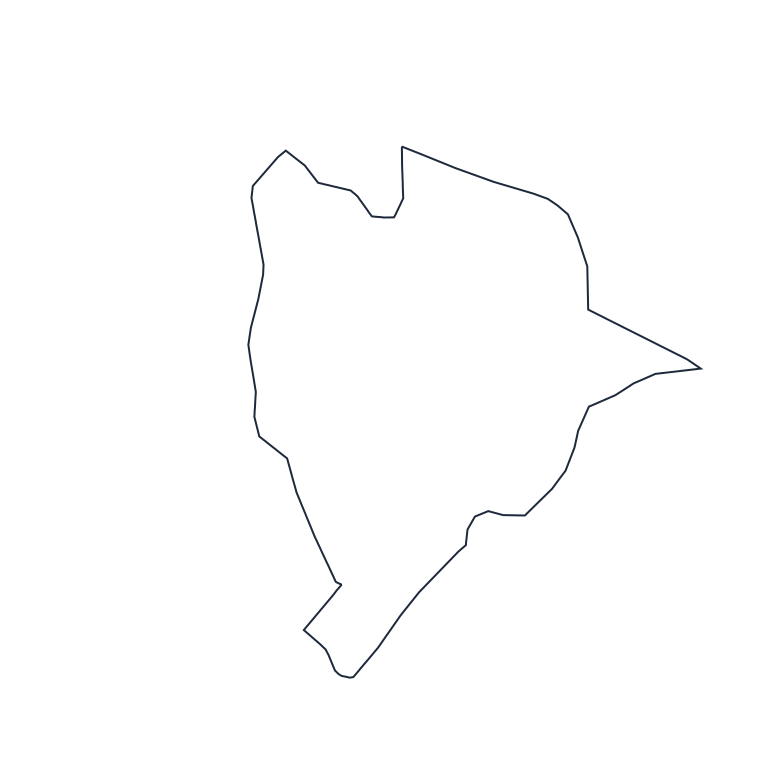 Shia'ria, Eastern Darfur, Sudan, rotated 221°
{"feature_id": "16777658B58097455185888", "entity_name": "Shia'ria", "entity_type": "district", "adm_level": 2, "iso_a3": "SDN", "parent_name": "Sudan", "parent_adm1": "Eastern Darfur", "projection": "orthographic", "projection_center": [25.77, 12.585], "detail": "fine", "context": "isolated", "style": "outline", "palette": "slate", "viewbox_px": 768, "rotation_deg": 221, "n_neighbors": 0, "source": "geoboundaries", "source_scale": "gbopen_adm2", "svg_char_len": 4942}
<svg xmlns="http://www.w3.org/2000/svg" viewBox="0 0 768 768"><g transform="rotate(221 384 384)"><path d="M606.1,437.5L606.0,437.4L605.8,437.2L605.3,436.9L605.0,436.6L604.8,436.4L604.4,436.1L604.1,435.9L603.9,435.8L603.6,435.5L603.3,435.3L602.7,434.7L602.0,434.2L601.8,434.1L601.7,434.0L601.1,433.5L599.7,432.4L599.2,432.0L597.1,430.3L596.7,429.9L595.0,428.6L594.1,427.8L592.4,426.5L591.8,426.1L591.4,425.7L586.4,421.7L585.9,421.2L582.2,418.3L578.6,415.4L578.1,415.0L575.7,413.1L575.3,412.8L571.6,409.8L569.7,408.3L569.4,408.0L567.6,406.6L567.2,406.2L566.3,405.6L564.5,404.1L562.6,402.6L562.2,402.3L561.7,401.9L560.5,400.9L559.9,400.4L559.0,399.7L558.6,399.4L558.3,399.1L558.1,399.0L557.4,398.4L557.0,398.1L556.9,398.0L556.8,397.9L556.4,397.6L556.1,397.4L555.8,397.1L555.4,396.8L555.3,396.7L555.1,396.6L554.1,395.8L553.8,395.5L553.5,395.2L553.3,395.1L553.2,395.0L553.0,394.8L546.9,387.1L534.2,365.0L533.9,364.3L521.3,339.0L512.1,324.6L500.2,314.3L487.9,304.2L475.5,293.9L471.6,288.8L467.4,283.4L466.9,282.8L463.9,278.8L460.2,274.1L443.7,262.6L442.9,262.6L442.3,262.7L441.3,262.7L440.4,262.8L440.0,262.8L439.0,262.8L438.0,262.9L435.9,263.0L435.2,263.0L434.7,263.0L431.2,263.2L426.7,263.4L425.9,263.4L425.7,263.5L424.1,263.5L423.6,263.6L417.8,263.8L416.7,263.9L413.5,264.0L408.3,264.3L406.5,263.1L398.2,257.6L398.0,257.4L397.9,257.4L393.9,254.7L390.0,252.1L386.3,249.7L380.5,245.9L379.7,245.3L378.9,244.8L371.9,241.3L369.9,240.3L368.3,239.5L366.8,238.7L366.6,238.6L358.9,234.8L356.2,233.4L349.6,230.1L347.5,229.1L346.6,228.6L342.0,226.3L341.6,226.1L341.4,226.0L340.6,225.6L339.3,224.9L338.7,224.6L338.1,224.3L337.0,223.8L336.3,223.4L336.0,223.3L335.8,223.2L335.6,223.1L334.5,222.6L334.2,222.5L333.6,222.2L333.2,222.1L332.8,221.9L331.5,221.3L331.2,221.2L330.6,220.9L329.9,220.6L329.6,220.5L329.5,220.4L327.2,219.4L326.1,218.9L324.9,218.4L321.0,216.6L319.5,215.9L317.6,215.1L315.8,214.3L315.0,214.0L314.3,213.6L311.9,212.6L310.7,212.0L310.2,211.8L309.0,211.3L307.8,210.8L306.2,210.1L305.9,209.9L305.3,209.7L304.0,209.1L302.9,208.6L302.5,208.4L301.4,207.9L301.2,207.9L301.0,207.7L300.5,207.5L299.4,207.0L299.0,206.9L298.6,206.7L298.0,206.4L297.7,206.3L297.6,206.2L297.4,206.2L297.1,206.0L296.8,205.9L296.7,205.8L296.2,205.6L295.4,205.3L295.1,205.1L294.7,204.9L294.3,204.7L294.1,204.6L293.9,204.5L293.6,204.4L293.2,204.2L292.8,204.1L292.7,204.0L292.4,203.9L292.1,203.7L291.5,203.5L291.3,203.4L291.2,203.3L291.0,203.2L290.7,203.1L289.9,203.2L289.6,203.2L289.4,203.3L289.2,203.4L288.1,203.7L287.9,203.7L285.0,204.6L284.3,204.1L284.3,203.7L284.3,201.9L284.3,196.7L284.0,193.4L283.9,191.1L283.6,173.4L283.1,145.7L282.9,145.7L282.5,145.7L282.0,145.7L281.1,145.7L279.7,145.7L279.0,145.7L275.7,145.7L269.8,145.7L268.5,145.7L263.2,145.7L261.4,145.7L256.0,145.4L254.9,145.4L254.2,145.4L248.3,143.2L247.7,142.9L244.5,141.3L239.7,138.9L237.3,137.7L234.9,136.5L234.3,136.2L233.7,135.9L233.1,135.6L228.0,135.3L226.2,135.6L224.5,135.9L223.5,136.4L222.9,136.8L220.3,138.3L217.3,139.8L216.1,141.2L214.9,142.6L214.9,143.3L214.9,145.2L214.9,146.2L215.0,152.6L215.1,153.3L215.1,156.9L215.2,159.7L215.2,164.6L215.5,181.1L215.9,185.0L216.6,191.3L217.0,194.8L217.4,199.0L219.6,219.6L219.8,222.8L220.9,249.9L217.9,306.4L216.5,316.1L218.4,318.7L225.5,329.0L228.1,342.0L228.4,343.6L221.9,356.5L221.2,356.8L208.1,363.2L191.4,377.2L190.1,393.9L188.4,415.1L189.6,430.3L190.1,437.7L198.5,460.9L200.9,465.4L206.5,475.6L206.8,476.2L211.2,490.6L214.5,501.3L202.0,527.5L198.4,539.9L196.0,548.3L193.0,554.5L185.8,569.7L155.1,603.4L171.3,601.5L258.6,579.2L278.7,574.1L307.7,606.1L333.9,621.8L356.5,632.7L370.1,632.6L381.8,631.2L395.9,625.8L434.1,608.4L471.5,593.9L506.2,582.0L525.7,575.1L525.5,574.0L523.6,571.9L522.6,570.8L515.3,562.6L515.2,562.4L509.8,556.6L502.3,548.6L498.7,544.6L496.3,542.1L491.3,536.7L490.3,533.0L489.8,531.5L489.5,530.4L486.7,520.2L486.4,519.3L485.8,516.3L486.0,516.2L486.5,515.7L486.9,515.3L487.1,515.2L487.3,515.0L487.7,514.6L490.7,511.9L490.9,511.7L491.6,511.1L492.3,510.5L492.8,510.0L493.0,509.8L494.4,508.8L494.5,508.8L494.9,508.5L495.1,508.4L495.4,508.2L496.2,507.6L496.6,507.3L496.7,507.2L497.1,506.9L497.6,506.5L497.9,506.3L498.3,506.0L499.0,505.5L499.2,505.4L499.4,505.2L499.6,505.1L499.9,504.9L500.1,504.7L500.5,504.4L500.9,504.1L501.3,503.8L502.2,503.2L502.4,503.0L502.6,502.9L502.9,502.7L503.6,502.6L504.8,502.9L505.1,503.0L506.1,503.2L508.8,503.8L509.3,504.0L513.4,505.0L514.0,505.1L515.0,505.4L519.1,506.3L519.4,506.4L519.7,506.5L522.9,507.2L526.9,508.2L529.1,508.3L529.7,508.3L531.5,508.3L533.8,508.2L536.1,508.2L537.0,507.7L548.7,501.6L550.3,500.7L557.7,496.9L558.7,496.3L562.4,494.4L565.8,492.6L567.2,492.9L574.6,494.4L584.4,496.4L586.4,496.8L587.0,497.0L589.4,496.8L590.4,496.8L593.5,496.6L605.2,496.0L611.2,495.7L612.9,485.8L612.9,485.5L612.9,483.2L612.9,481.9L612.9,481.6L612.9,479.2L612.9,474.8L612.9,473.7L612.9,465.7L612.9,455.3L612.9,449.3L612.9,447.4L606.8,438.5L606.1,437.5Z" fill="none" stroke="#1e293b" stroke-width="2"/></g></svg>